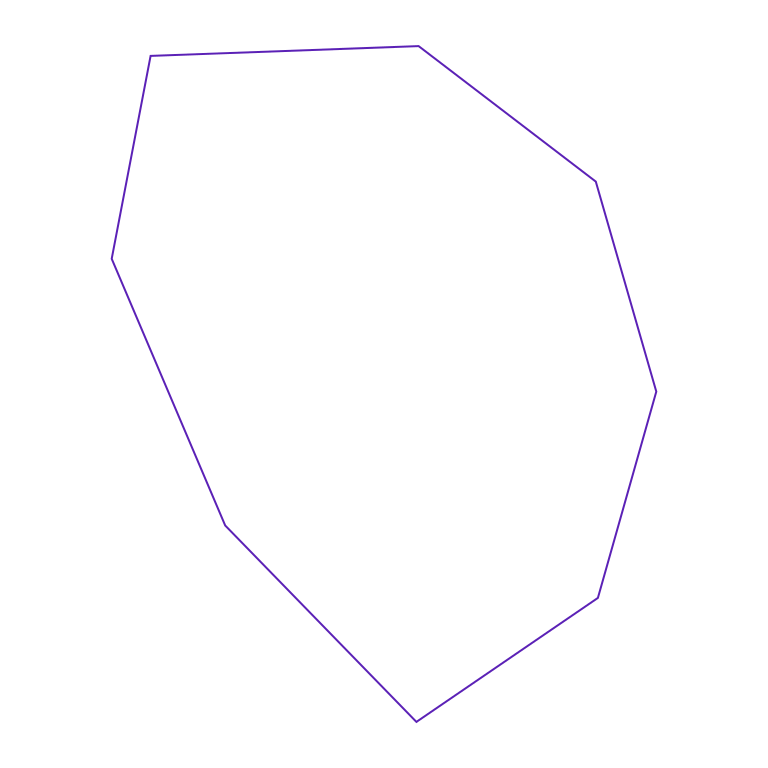 an SVG outline of Angaur
{"feature_id": "PLW-5246", "entity_name": "Angaur", "entity_type": "state/province", "adm_level": 1, "iso_a3": "PLW", "parent_name": "Palau", "parent_adm1": "", "projection": "orthographic", "projection_center": [134.158, 6.91], "detail": "fine", "context": "isolated", "style": "outline", "palette": "violet", "viewbox_px": 768, "rotation_deg": 0, "n_neighbors": 0, "source": "natural_earth", "source_scale": "10m", "svg_char_len": 233}
<svg xmlns="http://www.w3.org/2000/svg" viewBox="0 0 768 768"><path d="M416.4,721.9L225.2,525.5L111.7,258.8L150.6,55.9L418.6,46.1L595.8,181.6L656.3,391.6L597.9,597.9L416.4,721.9Z" fill="none" stroke="#5b21b6" stroke-width="2"/></svg>